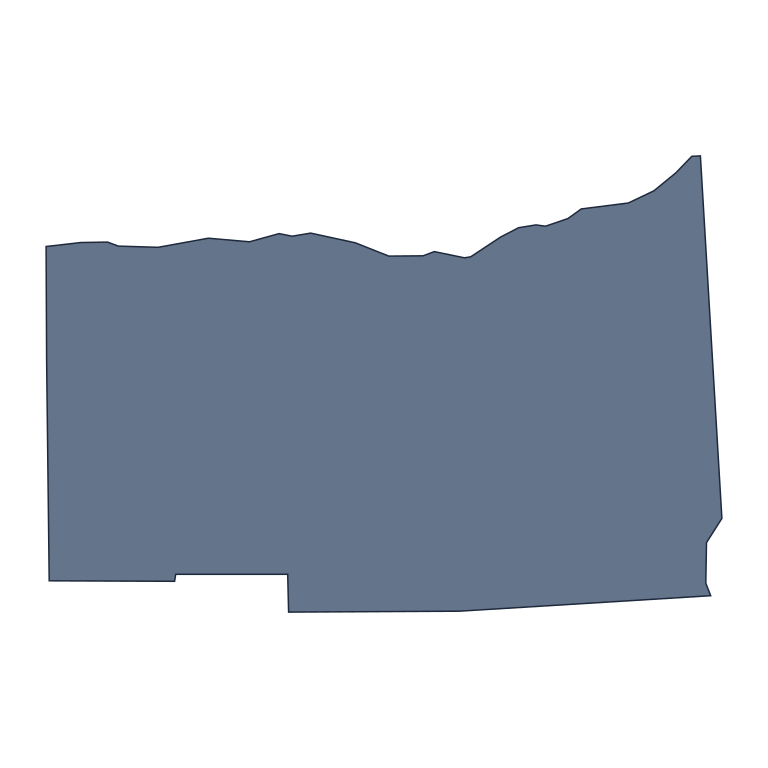 Wayne, New York, United States of America
{"feature_id": "52423323B87116435053012", "entity_name": "Wayne", "entity_type": "district", "adm_level": 2, "iso_a3": "USA", "parent_name": "United States of America", "parent_adm1": "New York", "projection": "orthographic", "projection_center": [-77.012, 43.178], "detail": "fine", "context": "isolated", "style": "filled", "palette": "slate", "viewbox_px": 768, "rotation_deg": 0, "n_neighbors": 0, "source": "geoboundaries", "source_scale": "gbopen_adm2", "svg_char_len": 596}
<svg xmlns="http://www.w3.org/2000/svg" viewBox="0 0 768 768"><path d="M710.7,595.7L705.8,583.2L706.5,542.6L721.9,518.4L700.4,155.9L691.8,156.3L675.9,172.8L653.9,190.8L628.3,203.0L581.3,208.9L568.0,218.5L545.5,226.2L536.0,224.9L518.6,227.7L500.5,237.1L470.7,256.8L464.4,257.8L434.3,251.6L423.1,255.8L388.8,256.1L355.3,242.8L310.7,233.1L292.1,236.2L279.1,233.6L249.4,241.8L208.3,238.2L158.1,247.3L118.3,246.1L107.6,242.1L81.1,242.5L46.1,246.5L46.6,358.3L49.2,580.8L174.6,581.3L175.7,574.3L287.7,574.3L288.6,612.1L459.1,611.2L710.7,595.7Z" fill="#64748b" stroke="#1e293b" stroke-width="1.5"/></svg>